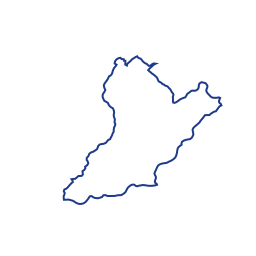 Setubinha, Minas Gerais, Brazil (Equal Earth projection), rotated 236°
{"feature_id": "56859067B2434426876365", "entity_name": "Setubinha", "entity_type": "district", "adm_level": 2, "iso_a3": "BRA", "parent_name": "Brazil", "parent_adm1": "Minas Gerais", "projection": "equal_earth", "projection_center": [-42.151, -17.609], "detail": "fine", "context": "isolated", "style": "outline", "palette": "blue", "viewbox_px": 256, "rotation_deg": 236, "n_neighbors": 0, "source": "geoboundaries", "source_scale": "gbopen_adm2", "svg_char_len": 3750}
<svg xmlns="http://www.w3.org/2000/svg" viewBox="0 0 256 256"><g transform="rotate(236 128 128)"><path d="M94.5,218.1L96.1,218.4L97.6,217.9L99.1,218.2L100.4,219.7L101.4,221.2L102.5,220.5L103.3,218.7L104.2,217.3L105.1,215.9L106.3,214.8L107.9,214.1L109.5,213.9L111.0,213.6L112.3,213.4L114.0,213.4L115.4,213.9L116.3,214.9L117.2,216.3L118.5,217.4L120.4,217.5L121.8,217.3L123.2,216.1L124.8,214.7L125.0,213.0L124.6,211.5L123.4,210.2L122.0,209.2L121.2,207.8L121.0,205.8L121.7,203.8L122.7,202.8L123.4,201.3L123.2,199.1L123.1,196.1L122.1,194.3L121.4,192.5L121.9,190.9L122.3,189.1L122.6,186.8L122.4,184.8L122.4,182.5L122.8,180.7L123.8,179.7L125.2,180.3L126.2,181.0L127.3,181.9L128.5,182.3L129.4,183.5L130.3,184.4L131.6,184.6L132.9,184.4L134.4,184.5L136.3,184.7L138.0,184.3L139.9,184.1L141.1,183.6L142.3,182.5L143.9,182.1L145.1,181.2L146.9,180.9L148.2,180.2L149.5,179.5L151.5,179.8L153.1,180.2L155.2,179.9L157.0,179.4L158.7,178.8L160.1,178.2L161.3,178.0L163.0,177.4L164.7,177.1L165.3,179.4L165.7,182.5L166.1,184.7L165.8,186.9L167.2,185.3L167.4,183.2L167.1,181.2L168.1,179.9L169.4,179.6L170.7,179.4L171.9,178.5L173.5,177.9L175.2,177.5L176.9,177.5L178.5,177.2L179.6,176.2L180.9,175.7L182.3,175.7L182.6,173.9L182.6,172.3L182.7,169.8L182.1,167.5L181.9,165.6L181.6,163.4L180.4,162.0L182.1,161.2L183.9,162.5L185.2,163.4L186.1,162.3L187.4,162.9L188.8,161.2L190.4,161.0L191.1,159.5L191.3,157.5L191.1,156.0L190.4,154.3L188.9,153.0L186.9,153.9L186.1,152.2L185.5,150.0L184.5,148.2L183.3,146.7L181.9,145.0L181.3,143.2L181.4,141.1L180.2,139.2L179.3,137.2L178.5,134.9L177.9,133.3L176.9,131.8L175.5,131.2L173.9,130.7L172.2,130.5L171.1,128.5L170.1,126.1L168.7,124.8L167.5,124.2L165.7,123.8L163.6,123.6L161.9,124.6L159.9,125.4L158.2,125.0L156.7,125.0L154.7,125.5L153.0,126.4L151.4,126.3L149.9,125.8L148.4,125.0L146.8,123.4L145.1,122.6L143.8,122.3L142.6,122.0L141.4,121.0L140.0,119.9L138.5,119.8L137.3,118.7L136.2,116.7L134.3,115.0L132.8,113.9L132.2,112.4L131.0,110.9L129.7,108.5L128.7,106.8L129.2,105.0L128.6,103.3L128.1,101.3L128.5,99.0L129.4,97.3L130.2,95.1L129.6,93.0L128.6,91.8L127.8,90.5L127.7,88.3L127.8,85.8L128.4,83.8L128.3,81.6L127.4,80.3L126.7,79.0L126.3,77.1L124.7,75.9L122.7,75.9L120.9,75.3L120.0,73.4L119.9,70.8L118.5,70.2L117.7,68.3L117.7,66.2L116.1,65.3L114.7,64.6L114.2,62.9L115.1,61.3L115.9,60.0L115.6,57.9L115.4,55.9L116.4,54.1L117.1,52.5L115.4,52.6L114.0,52.0L113.9,50.2L113.5,48.6L113.1,46.9L112.5,45.0L112.2,43.0L112.6,40.8L111.3,39.3L109.5,39.2L108.5,38.2L107.4,36.5L105.8,35.5L104.3,34.8L103.1,36.7L101.9,38.7L100.3,40.1L98.9,41.3L97.4,42.2L95.7,42.8L94.1,43.7L92.3,45.1L91.2,46.8L90.4,49.0L90.4,51.6L91.0,53.6L91.6,55.5L92.7,58.0L91.9,59.8L90.2,60.4L88.6,61.4L87.5,62.6L86.5,64.0L85.9,65.8L85.3,67.9L86.0,70.0L84.9,71.9L83.1,72.9L82.3,74.2L81.5,75.3L80.5,76.9L79.2,78.8L78.5,80.6L77.8,82.2L77.0,83.4L76.1,85.0L76.0,87.5L76.2,89.9L77.4,92.1L78.5,94.2L78.9,96.3L79.0,98.4L78.4,100.4L77.3,101.6L75.9,101.9L74.5,103.1L74.1,104.7L73.4,106.2L72.5,108.3L70.7,110.5L69.4,111.8L68.4,113.0L67.2,114.7L66.1,116.6L65.2,118.5L64.7,120.3L65.9,120.5L67.3,119.9L68.9,120.5L70.0,122.0L71.1,123.4L72.3,123.9L73.6,124.0L75.4,124.4L76.4,125.7L77.2,127.0L78.3,128.8L79.3,130.4L80.0,131.8L80.1,133.9L79.6,136.0L78.8,137.8L77.5,140.5L77.2,143.2L76.8,145.2L76.7,147.6L77.0,150.4L78.1,152.5L79.2,153.7L80.1,154.8L82.0,156.4L83.3,157.9L83.9,159.2L84.1,161.0L84.1,163.0L85.4,163.8L86.4,165.2L86.3,167.5L85.8,169.2L85.1,171.1L84.1,173.3L84.3,175.6L85.1,177.1L86.0,178.5L87.5,179.3L89.0,179.9L90.5,180.6L91.3,181.8L91.8,183.6L92.0,185.7L92.3,188.1L92.6,190.4L93.3,191.8L93.8,193.5L94.3,195.3L94.9,197.1L95.6,199.0L94.4,201.0L93.2,202.7L93.5,204.7L93.5,206.9L93.3,208.8L92.7,210.3L93.6,212.6L94.3,214.5L94.8,216.1L94.5,218.1Z" fill="none" stroke="#1e3a8a" stroke-width="2"/></g></svg>